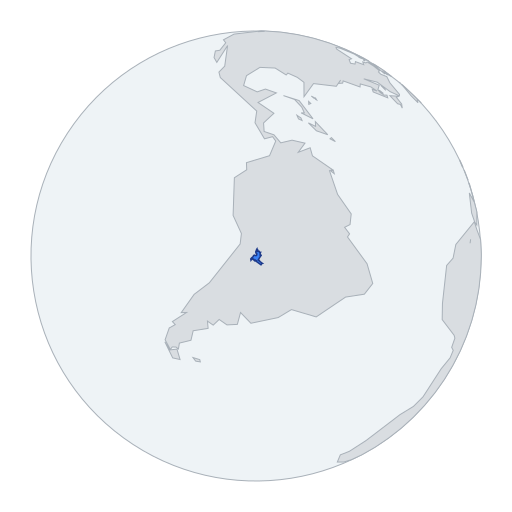 globe centered on Chuquisaca, rotated 36°
{"feature_id": "BOL-1292", "entity_name": "Chuquisaca", "entity_type": "Department", "adm_level": 1, "iso_a3": "BOL", "parent_name": "Bolivia", "parent_adm1": "", "projection": "orthographic", "projection_center": [-64.786, -19.94], "detail": "fine", "context": "on_globe", "style": "filled", "palette": "blue", "viewbox_px": 512, "rotation_deg": 36, "n_neighbors": 0, "source": "natural_earth", "source_scale": "10m", "svg_char_len": 6240}
<svg xmlns="http://www.w3.org/2000/svg" viewBox="0 0 512 512"><g transform="rotate(36 256 256)"><circle cx="256" cy="256" r="225" fill="#eef3f6" stroke="#a8b0b8"/><path d="M222.8,33.2L222.5,33.3L225.8,32.7L231.2,32.1L232.8,31.9L231.0,32.3L223.9,33.2L202.1,38.4L198.1,40.2L199.5,41.2L217.3,40.3L215.9,42.4L219.2,44.5L223.3,42.5L222.2,40.3L230.7,37.9L228.3,36.2L231.4,35.2L231.9,33.7L239.6,33.2L246.9,33.6L246.9,35.1L250.1,35.6L256.4,34.0L262.5,37.2L277.1,40.9L277.9,42.2L267.9,44.2L251.9,44.1L239.0,49.3L255.3,45.4L256.9,49.9L260.4,50.7L264.9,50.6L267.4,48.9L269.6,50.6L254.4,54.4L252.1,52.8L257.0,51.4L249.5,51.7L239.2,55.5L240.8,58.1L223.6,63.1L224.5,65.2L221.3,67.9L221.0,63.9L221.2,71.5L201.2,82.7L201.2,98.9L192.7,87.3L184.4,87.2L174.3,89.3L174.0,91.8L161.0,92.7L148.3,101.1L142.3,115.7L145.8,125.4L160.5,122.5L165.5,115.4L176.6,112.1L167.4,130.6L186.6,130.0L183.9,143.9L189.4,150.5L199.3,147.4L209.5,149.9L217.1,141.1L229.3,135.9L229.2,147.3L236.2,136.6L242.8,141.8L267.2,141.2L265.3,143.8L285.8,158.2L308.3,166.0L313.6,175.3L310.8,180.7L318.7,183.1L318.8,186.8L350.4,197.0L366.6,209.6L366.1,223.2L352.6,236.6L340.5,269.9L316.2,278.5L310.1,292.8L291.4,313.4L276.7,310.8L281.1,322.3L273.0,328.8L263.5,329.0L262.0,337.1L255.0,337.2L259.8,342.7L249.1,353.4L252.9,362.4L245.2,371.5L247.9,376.8L244.8,376.7L241.7,378.8L241.6,381.9L231.7,377.2L228.1,365.2L231.0,359.0L226.9,358.2L233.0,342.5L228.8,345.8L228.5,323.4L234.0,305.1L236.1,255.6L231.0,246.4L213.6,236.6L192.5,205.4L197.8,191.7L193.4,186.1L208.0,166.9L204.4,151.4L199.3,149.7L194.0,156.2L176.9,148.8L171.4,138.3L122.2,132.6L117.9,129.0L119.1,120.8L109.3,102.4L110.5,122.4L105.4,120.1L102.6,114.0L105.8,110.8L106.2,101.3L102.6,100.2L107.8,89.4L126.1,72.5L126.2,73.0L130.6,69.5L130.6,68.9L129.6,69.5L130.6,68.9L144.7,60.1L159.4,52.5L174.7,45.9L190.4,40.5L206.5,36.2L222.8,33.2ZM199.5,104.9L221.5,111.5L208.4,113.7L211.0,111.8L205.6,108.7L195.2,106.7L183.9,110.1L199.5,104.9ZM210.6,94.3L206.7,94.1L210.6,93.6L210.6,94.3ZM128.4,70.3L130.2,69.3L128.4,70.9L126.4,72.0L128.4,70.3ZM227.6,34.3L229.7,34.0L228.5,34.4L227.6,34.3ZM225.8,34.0L223.0,34.7L221.7,34.7L223.5,34.3L225.8,34.0ZM229.7,33.3L219.9,34.7L217.7,34.8L222.7,33.5L229.7,33.3ZM248.5,387.4L232.7,379.0L241.4,382.7L246.8,377.8L255.4,384.4L248.5,387.4ZM264.7,375.2L271.4,372.9L273.2,374.4L269.0,376.5L264.7,375.2ZM434.9,119.1L437.0,121.8L438.6,124.0L447.6,137.5L455.7,151.7L462.7,166.4L468.6,181.5L473.4,197.0L477.1,212.9L479.6,228.9L481.0,245.2L481.2,261.4L480.2,277.7L478.1,293.8L474.8,309.7L470.3,325.4L464.8,340.6L458.1,355.5L457.3,356.8L452.8,364.9L448.1,371.1L442.9,374.9L441.1,367.3L446.3,359.2L453.5,340.6L465.8,299.5L471.8,285.1L473.9,271.8L472.1,238.4L472.9,224.2L471.0,216.4L468.0,214.9L465.2,205.6L462.9,203.7L444.0,198.0L434.8,184.9L415.8,151.6L416.7,141.9L410.9,129.2L412.5,100.0L419.5,105.1L428.2,110.8L434.9,119.1ZM409.3,90.9L408.5,90.2L416.5,101.2L413.0,100.0L405.2,94.5L391.5,79.6L400.8,84.1L396.1,79.9L385.1,71.7L388.8,74.1L385.5,71.7L386.7,72.5L409.3,90.9ZM419.8,116.3L421.6,119.7L421.7,119.8L419.8,116.3ZM268.0,141.1L270.9,143.4L267.0,143.3L268.0,141.1ZM206.4,118.1L211.2,117.9L213.6,119.3L209.8,120.1L206.4,118.1ZM247.4,115.9L253.0,116.8L247.0,117.7L247.4,115.9ZM225.0,112.4L242.8,115.7L231.3,119.2L220.1,117.5L228.0,116.1L225.0,112.4ZM207.7,100.0L210.7,100.4L209.6,102.3L207.7,100.0ZM213.4,94.1L212.2,94.3L210.8,93.0L213.4,94.1ZM257.7,49.7L259.0,49.4L263.5,49.6L261.2,50.4L257.7,49.7ZM284.5,47.4L287.4,50.4L283.7,48.5L281.1,49.6L270.1,47.6L277.7,42.8L276.2,45.1L284.5,47.4ZM257.5,44.4L263.7,45.7L256.7,44.6L257.5,44.4ZM364.3,58.5L368.1,60.6L371.5,62.6L369.8,62.2L364.9,59.0L364.3,58.5ZM383.1,70.0L379.7,68.0L379.3,67.5L375.6,65.1L373.8,64.0L383.1,70.0ZM322.3,40.7L322.2,40.7L322.3,40.7ZM240.4,31.4L237.5,31.7L239.9,31.4L240.4,31.4ZM250.3,30.8L253.0,30.8L250.3,30.9L260.5,31.1L257.4,31.6L250.9,31.3L256.2,32.2L249.1,32.2L253.4,33.0L239.2,32.2L233.0,32.7L241.1,31.9L244.1,31.3L243.5,31.2L239.0,31.4L250.3,30.8ZM299.7,35.0L295.5,34.4L294.7,35.1L297.0,36.8L287.2,35.2L278.8,33.0L272.4,31.5L274.3,31.5L299.7,35.0ZM271.1,31.2L269.8,31.1L269.7,31.1L271.1,31.2Z" fill="#d9dde1" stroke="#a8b0b8" stroke-width="1"/><path d="M265.5,258.2L265.4,258.3L265.3,258.5L265.2,258.6L265.2,260.2L259.4,260.2L259.0,260.2L258.9,260.2L258.9,259.9L258.8,260.0L258.7,260.0L258.7,259.9L258.4,259.8L258.2,259.7L258.2,259.8L258.2,260.0L258.2,260.3L258.2,260.5L257.9,260.7L257.6,260.7L257.4,260.6L257.2,260.5L256.9,260.5L256.8,260.3L256.8,260.2L256.7,260.1L256.5,259.9L256.4,259.9L256.2,260.0L256.1,260.3L256.0,260.5L255.9,260.5L255.7,260.5L255.7,260.4L255.5,260.2L255.4,260.2L255.2,260.2L254.9,260.0L254.7,260.0L254.5,260.8L254.5,261.0L254.5,261.3L254.4,262.0L254.4,262.3L254.1,262.0L253.5,261.5L253.5,261.3L253.5,261.2L253.5,260.8L253.5,260.7L253.6,260.0L253.7,259.5L253.8,259.4L253.8,259.1L254.1,258.3L253.9,257.3L253.8,257.2L253.9,256.9L254.0,256.7L254.0,256.4L254.3,256.2L254.5,256.2L254.9,256.1L255.0,256.1L255.7,255.7L256.0,255.4L256.1,255.2L256.0,254.9L255.7,254.5L255.7,254.4L255.7,254.2L255.6,253.9L255.4,253.7L255.2,253.7L254.9,253.8L254.7,253.8L254.4,253.6L254.1,253.5L254.0,253.4L253.8,253.3L253.7,253.1L253.5,252.9L253.4,252.8L253.3,252.7L253.2,252.4L253.4,252.0L253.5,252.0L253.5,251.9L253.4,251.9L253.4,251.7L253.5,251.4L253.6,251.2L253.3,251.1L252.9,251.3L252.8,251.2L252.9,250.6L252.8,250.4L252.9,250.2L252.7,250.1L252.6,249.8L252.6,249.7L252.7,249.8L252.8,249.8L253.0,249.8L253.1,250.0L253.3,249.9L253.7,250.0L253.8,250.1L254.0,250.2L254.1,250.3L254.3,250.5L254.3,250.8L254.5,250.8L254.9,250.9L254.9,251.0L255.0,250.9L255.0,250.7L255.3,250.5L255.5,250.4L255.8,250.3L256.0,250.3L256.1,250.5L256.3,250.4L256.4,250.5L256.5,250.6L256.6,250.8L256.8,251.0L257.0,251.0L257.4,250.8L257.5,250.7L257.5,250.8L257.7,251.0L257.7,251.3L257.8,251.4L257.8,251.5L258.0,251.7L258.1,251.8L258.2,252.0L258.3,252.1L258.5,252.1L258.6,252.3L258.8,252.9L258.9,253.0L259.0,253.0L259.2,252.9L259.3,252.8L259.3,252.5L259.4,252.4L259.5,252.4L259.6,252.5L259.8,252.4L259.9,252.5L259.8,253.1L259.8,253.4L259.9,256.1L260.0,256.3L260.1,257.9L260.2,258.0L260.3,258.0L260.5,258.0L260.8,258.0L260.8,257.9L261.0,257.9L261.2,257.7L261.3,257.7L261.3,257.8L261.4,258.1L261.5,258.1L265.5,258.2Z" fill="#3b82f6" stroke="#1e3a8a" stroke-width="1.5"/></g></svg>